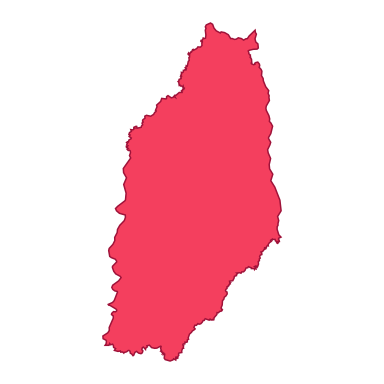 Porto Murtinho, Mato Grosso do Sul, Brazil (Robinson projection)
{"feature_id": "56859067B2206660547368", "entity_name": "Porto Murtinho", "entity_type": "district", "adm_level": 2, "iso_a3": "BRA", "parent_name": "Brazil", "parent_adm1": "Mato Grosso do Sul", "projection": "robinson", "projection_center": [-57.425, -21.181], "detail": "fine", "context": "isolated", "style": "filled", "palette": "rose", "viewbox_px": 384, "rotation_deg": 0, "n_neighbors": 0, "source": "geoboundaries", "source_scale": "gbopen_adm2", "svg_char_len": 5975}
<svg xmlns="http://www.w3.org/2000/svg" viewBox="0 0 384 384"><path d="M255.1,30.2L249.1,36.0L247.4,38.6L245.8,38.8L243.6,40.1L241.5,38.6L238.3,37.8L236.2,39.2L234.4,39.4L232.1,38.5L230.7,38.6L228.3,34.7L224.6,32.6L221.1,31.9L220.3,33.0L216.2,30.8L214.0,28.1L212.6,24.3L210.5,23.0L206.3,24.9L205.3,26.9L206.0,28.2L205.3,30.2L205.9,35.1L205.5,38.2L204.3,38.5L203.2,38.0L202.8,39.4L202.0,40.1L202.2,41.0L201.1,40.5L200.8,41.1L202.2,42.6L201.8,43.6L202.0,45.5L200.5,47.1L197.9,46.9L196.8,48.5L193.6,50.2L193.3,49.4L192.6,49.6L191.8,51.5L191.5,52.0L191.0,51.8L189.6,54.0L188.7,52.8L188.0,54.0L188.5,54.8L189.6,54.8L189.5,57.2L188.9,57.6L189.2,60.5L188.3,61.3L187.3,66.1L187.0,66.4L186.2,65.8L185.9,67.4L185.3,67.7L186.4,68.6L185.9,70.0L185.3,69.9L185.4,69.2L183.9,70.6L183.4,70.4L183.1,72.2L182.2,72.8L181.4,72.4L181.4,74.9L180.8,75.2L181.1,75.8L180.7,76.3L181.5,76.5L180.8,77.9L181.1,78.6L179.1,79.4L178.9,80.7L178.1,81.6L178.7,81.9L179.2,85.3L179.8,84.9L180.4,86.0L181.7,86.0L182.9,87.2L183.2,86.4L183.5,87.6L184.4,88.1L183.9,89.2L184.3,89.5L182.9,89.0L182.5,89.5L182.5,90.7L181.5,90.8L182.0,92.4L179.2,92.5L176.1,95.2L174.7,95.3L174.5,95.9L175.2,97.3L173.8,96.4L173.0,97.4L171.3,97.8L168.0,95.6L166.6,96.6L166.5,98.6L165.9,98.9L161.7,98.4L160.7,101.4L156.6,105.1L157.0,106.8L155.5,110.3L156.1,110.7L156.0,111.5L154.7,112.4L153.6,114.4L150.7,116.2L146.5,115.3L144.8,116.2L145.0,118.2L142.9,119.7L142.5,121.0L143.2,122.0L142.0,123.1L142.7,124.8L141.6,125.8L141.2,127.3L137.0,128.2L136.7,126.4L136.0,126.3L134.1,127.2L134.6,128.0L133.8,127.9L133.7,129.4L132.6,129.9L130.8,129.6L131.4,131.4L129.5,132.6L128.9,134.5L130.1,135.0L129.1,136.5L131.3,138.0L131.0,138.8L129.0,139.9L128.4,142.0L127.5,141.7L126.5,142.6L127.4,143.5L126.7,144.8L127.1,145.9L127.7,145.9L126.8,147.0L126.4,146.8L126.5,147.4L127.2,147.3L127.0,147.8L128.2,148.4L127.2,149.4L128.3,150.5L129.6,150.3L130.3,151.0L130.5,152.8L129.5,155.6L130.7,158.0L123.3,168.5L123.6,172.7L126.5,177.8L123.7,184.5L126.1,193.2L125.5,199.8L124.9,200.8L117.8,206.2L115.5,208.5L116.5,210.8L119.4,213.3L125.3,215.0L125.4,217.5L124.3,220.6L119.8,225.3L117.5,229.4L117.2,232.5L114.7,237.4L114.8,240.6L112.9,244.4L109.2,248.4L108.7,250.5L109.7,256.4L111.3,257.6L115.3,259.2L116.6,261.1L116.6,262.0L112.5,266.3L112.4,267.5L113.8,271.4L115.7,273.9L120.2,276.3L121.1,277.6L118.6,280.9L112.7,285.2L111.8,287.4L112.8,289.4L114.8,290.9L117.3,291.5L117.5,292.1L114.2,300.6L112.5,302.5L108.2,304.4L108.6,305.1L110.0,305.4L115.8,308.9L116.7,309.9L116.7,310.8L115.6,311.8L113.5,311.6L111.7,313.4L111.5,314.6L113.2,315.9L113.3,318.1L109.2,327.5L109.3,330.4L107.8,332.8L102.9,336.0L103.1,338.7L106.0,340.2L106.4,341.0L106.2,343.6L105.1,345.3L109.0,345.3L109.7,343.5L110.6,344.8L112.6,344.2L113.4,345.5L113.6,347.4L115.6,348.6L114.4,350.4L117.9,351.4L120.4,351.0L120.7,352.1L122.7,352.0L123.8,353.1L124.1,352.5L126.6,351.8L128.2,350.5L129.1,350.5L130.0,351.2L130.3,353.2L131.6,353.9L133.0,355.7L133.6,355.4L134.9,352.4L136.5,351.4L138.6,353.1L141.0,353.7L142.3,352.8L142.9,350.9L141.8,349.6L142.4,347.6L143.4,347.1L145.5,349.4L145.6,348.3L147.3,346.9L146.9,345.8L149.4,345.2L151.6,347.6L154.7,348.3L156.9,348.1L160.5,346.2L161.1,346.4L160.6,348.4L161.2,350.0L160.7,351.1L161.6,351.1L161.6,352.1L162.7,352.3L162.9,352.8L162.5,353.7L163.5,353.3L163.4,354.4L164.2,353.8L164.7,354.1L164.2,358.1L165.2,359.6L170.1,361.0L173.0,359.9L173.6,358.8L175.7,360.0L175.8,357.2L176.8,357.1L177.0,358.4L177.9,358.0L177.7,356.8L178.8,355.3L178.5,354.0L179.0,353.0L181.8,352.5L181.7,350.9L182.5,348.5L183.6,348.2L183.2,347.0L183.7,345.8L182.8,345.0L182.9,344.5L183.3,343.9L184.7,344.0L185.1,342.1L185.8,342.4L187.3,341.9L187.3,339.9L188.6,339.3L188.2,337.8L189.5,334.1L191.5,332.3L192.3,331.0L194.9,329.3L195.1,328.8L193.9,327.5L194.8,325.3L196.4,325.3L197.9,323.6L199.0,324.2L200.7,323.8L202.1,322.4L203.2,320.5L204.3,320.4L205.2,318.7L208.6,320.0L209.6,320.1L209.5,319.4L210.1,319.1L211.6,320.0L212.4,319.5L212.8,320.0L213.8,319.8L214.1,317.7L216.8,314.6L217.1,312.6L218.3,312.8L219.9,311.3L220.9,311.3L222.0,310.6L221.7,310.0L222.3,309.6L221.2,308.3L221.2,307.6L222.2,305.0L222.5,300.7L223.8,299.3L224.3,297.2L225.9,296.0L227.2,293.9L227.0,292.0L226.0,291.6L225.5,290.5L225.9,289.3L227.0,288.5L227.0,286.8L228.0,286.6L228.3,285.7L228.9,285.6L229.1,284.5L230.2,283.9L229.8,283.2L230.3,282.8L229.8,282.7L229.5,281.2L232.8,280.7L234.0,278.3L234.4,276.3L236.5,275.6L236.4,274.6L237.8,273.3L237.2,273.0L239.4,272.7L241.0,273.2L241.8,271.9L243.6,271.8L245.0,270.4L246.0,268.0L247.7,267.8L248.4,266.7L251.4,267.9L251.4,268.6L254.3,268.6L254.5,269.5L255.2,268.6L256.0,268.9L255.7,267.4L254.5,266.6L255.6,266.0L256.7,266.2L257.2,267.2L257.6,266.6L258.5,264.1L258.3,261.5L259.4,260.7L259.3,258.9L260.2,258.1L259.6,256.5L260.3,255.1L261.8,254.6L261.9,253.9L261.0,252.0L262.5,251.6L264.2,249.5L265.4,248.9L264.5,248.4L264.6,247.7L266.3,247.7L266.7,246.3L267.7,245.6L268.3,245.8L268.1,244.6L269.4,242.7L271.0,241.6L270.6,240.3L272.2,239.2L272.3,239.9L272.6,239.4L275.1,239.4L275.4,240.9L276.7,241.5L276.4,241.9L276.9,243.0L277.7,243.4L278.6,242.1L278.0,241.8L279.4,241.5L279.1,240.1L278.5,240.0L278.6,238.3L281.0,237.1L278.8,234.8L277.1,229.3L277.2,226.6L278.0,225.4L278.0,223.5L278.7,220.6L277.6,216.5L281.1,210.8L279.9,200.2L274.8,187.1L270.8,180.7L272.8,174.2L269.6,168.9L269.2,164.5L270.6,158.5L268.2,152.9L267.6,149.7L269.9,144.9L270.7,142.3L268.6,138.7L268.6,137.4L270.8,133.6L272.6,126.2L270.9,123.0L269.4,121.4L269.7,118.9L268.9,115.6L266.3,110.4L265.9,108.2L266.3,106.0L269.4,100.5L268.9,97.0L269.2,95.9L268.1,93.3L268.7,90.6L265.7,86.7L263.4,81.0L263.1,78.4L261.5,75.7L261.9,71.2L261.0,69.3L259.2,67.3L259.7,65.6L259.4,64.1L257.8,62.1L255.9,62.5L254.7,63.3L254.9,64.3L253.6,64.7L251.6,63.8L251.2,63.1L251.8,62.8L251.5,59.2L250.2,57.3L250.6,57.0L250.1,55.6L250.4,55.1L248.8,53.7L248.8,52.4L248.2,51.0L249.1,50.3L253.2,49.3L257.1,49.1L258.3,48.0L257.9,43.9L255.8,42.0L255.0,38.9L256.4,34.1L255.4,32.5L255.1,30.2Z" fill="#f43f5e" stroke="#9f1239" stroke-width="1.5"/></svg>